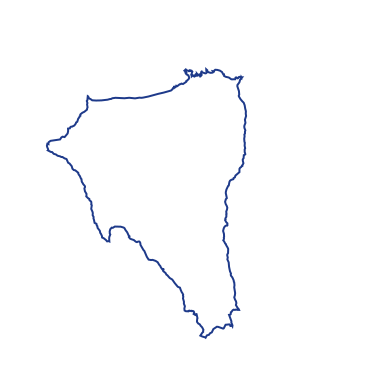 the district of Nossa Senhora Do Rosario, Ribeira Grande, Cabo Verde, rotated 329°
{"feature_id": "66160863B91585848329276", "entity_name": "Nossa Senhora Do Rosario", "entity_type": "district", "adm_level": 2, "iso_a3": "CPV", "parent_name": "Cabo Verde", "parent_adm1": "Ribeira Grande", "projection": "equal_earth", "projection_center": [-25.054, 17.15], "detail": "fine", "context": "isolated", "style": "outline", "palette": "blue", "viewbox_px": 384, "rotation_deg": 329, "n_neighbors": 0, "source": "geoboundaries", "source_scale": "gbopen_adm2", "svg_char_len": 5953}
<svg xmlns="http://www.w3.org/2000/svg" viewBox="0 0 384 384"><g transform="rotate(329 192 192)"><path d="M89.9,82.1L91.6,84.9L92.7,85.8L93.1,88.0L94.8,89.9L95.4,91.6L97.4,93.6L98.0,94.7L99.0,95.3L100.1,97.6L101.1,98.7L101.4,99.2L100.9,103.1L101.7,104.5L102.2,107.9L101.5,110.5L102.0,112.3L103.1,113.3L104.4,116.9L104.1,117.3L103.9,118.8L104.1,120.4L103.7,123.4L103.9,124.0L102.9,126.2L102.8,127.2L102.9,127.9L102.8,129.3L103.2,131.4L103.1,132.2L102.8,132.7L101.6,133.5L100.6,136.3L100.6,139.2L99.7,140.7L99.1,141.3L99.8,144.0L100.4,145.0L100.0,145.8L100.0,146.5L100.6,148.2L100.5,148.7L99.8,150.1L99.2,150.8L99.3,151.7L96.9,154.6L96.5,157.8L96.1,159.0L94.9,160.7L94.8,162.7L93.9,164.0L93.7,165.2L92.6,168.3L93.7,170.0L93.1,171.8L93.3,172.5L92.6,174.1L93.0,177.7L92.3,179.8L92.4,181.1L92.1,183.5L91.5,184.7L92.5,186.1L93.5,188.8L93.8,190.6L95.3,191.2L95.7,191.8L97.0,189.3L97.9,188.0L100.1,186.3L100.1,185.3L101.2,183.3L102.8,181.8L104.8,181.2L105.6,181.9L108.1,181.9L113.0,185.0L115.1,187.3L115.5,188.2L115.4,190.6L115.7,193.1L115.3,196.7L115.6,197.7L114.7,198.1L114.9,200.0L115.5,201.0L117.4,203.2L118.1,205.3L118.5,206.1L119.0,206.6L120.5,206.8L121.4,207.4L121.5,208.1L121.4,209.1L120.6,210.8L120.5,216.8L120.8,217.9L119.9,224.3L120.0,227.6L121.8,229.2L123.3,229.9L125.3,232.3L126.4,234.5L126.4,237.5L126.7,239.2L126.5,240.4L126.7,243.0L127.0,243.3L127.5,243.1L127.8,243.3L127.7,243.8L126.7,244.5L126.6,245.0L127.6,247.8L127.5,249.6L128.0,250.7L128.6,254.2L130.0,256.9L130.3,261.3L131.0,265.9L132.4,267.8L131.9,270.1L131.6,272.6L131.7,274.0L131.5,275.6L130.9,276.1L130.6,277.3L129.5,278.5L128.6,281.9L127.5,283.6L127.1,286.2L125.4,288.0L124.6,289.8L125.3,291.0L127.4,292.4L127.8,292.1L128.6,292.3L129.0,293.0L130.2,293.4L130.6,294.2L131.3,294.3L131.9,295.0L131.9,296.2L131.4,296.9L130.6,297.4L131.5,299.1L132.6,298.7L133.0,299.0L131.7,303.0L131.2,303.3L129.6,305.5L129.4,306.2L129.6,307.9L130.5,309.5L130.5,311.0L131.0,313.3L130.8,316.0L129.9,316.9L129.5,317.7L128.4,317.9L125.2,319.4L126.4,321.2L128.3,323.2L128.6,323.9L130.8,322.6L133.1,323.1L134.6,322.4L136.7,322.5L139.7,320.5L143.9,320.3L144.9,321.0L148.3,325.1L149.0,325.2L152.4,323.1L155.8,324.7L156.1,325.3L155.9,326.6L156.3,326.9L157.1,326.7L157.5,327.1L157.5,327.8L158.0,327.2L158.5,324.1L159.2,323.1L160.5,316.4L161.5,316.8L162.2,316.7L163.4,315.1L163.9,315.2L165.9,314.3L167.1,314.3L168.1,315.2L169.1,315.4L170.2,316.4L171.6,317.3L171.7,316.5L171.4,314.9L171.4,311.5L172.8,310.1L173.4,308.4L173.5,306.2L174.0,304.0L175.4,302.8L176.9,300.9L179.1,295.4L180.4,293.8L181.7,291.1L181.6,290.6L182.2,289.2L182.4,287.7L182.6,285.9L182.3,283.7L182.9,282.4L183.4,282.0L183.7,279.6L185.2,275.3L187.2,271.2L187.6,268.0L188.9,266.6L189.6,264.4L190.1,263.7L191.4,263.0L193.7,259.4L193.9,257.9L193.9,255.3L194.2,254.0L193.9,253.4L194.1,250.8L193.9,249.6L195.3,248.6L195.9,247.3L196.4,247.0L197.8,244.4L198.6,241.4L200.5,239.5L201.7,238.7L203.1,238.3L204.4,238.5L204.9,238.9L205.3,238.7L205.6,238.0L206.2,237.1L205.8,235.4L205.9,233.1L206.6,232.9L207.0,231.8L208.7,230.9L209.1,230.1L209.8,229.3L209.9,228.6L210.4,228.4L211.2,226.5L213.1,224.9L214.2,223.6L214.6,221.8L214.7,219.7L215.3,217.5L217.3,215.6L218.7,215.2L220.4,210.3L221.1,209.3L222.8,207.6L226.1,205.4L226.8,205.4L229.3,202.6L230.4,201.9L232.0,201.8L234.0,202.3L234.8,201.5L236.3,201.5L237.7,200.3L242.9,199.4L244.6,196.6L245.7,196.0L247.1,195.9L247.8,195.5L248.5,195.6L248.7,195.0L249.3,194.9L250.9,193.8L251.6,191.5L252.3,190.2L253.6,189.6L255.4,187.1L256.0,187.3L257.1,187.1L257.5,186.1L257.7,185.0L259.1,182.6L260.1,181.9L260.9,179.5L262.7,176.9L262.8,176.0L264.2,173.2L265.8,171.3L266.5,169.7L267.5,169.2L268.5,167.5L269.5,166.6L269.9,164.2L270.4,163.0L271.2,162.0L273.4,160.3L274.6,157.3L277.5,154.7L278.4,152.6L279.8,150.5L280.5,148.1L281.8,144.8L282.3,142.1L281.8,140.1L281.4,137.5L281.4,134.2L281.8,133.4L282.6,132.9L284.2,129.7L285.3,124.8L286.0,123.7L289.1,122.4L291.0,120.6L294.1,119.5L293.8,119.3L293.4,119.7L293.4,118.7L293.0,119.1L292.5,118.2L291.9,117.7L291.2,117.6L290.5,118.1L289.7,118.1L289.0,116.6L288.6,116.4L288.2,116.4L287.6,117.3L287.1,117.6L284.1,115.9L283.7,115.5L282.5,112.8L280.3,110.7L279.3,109.1L280.0,107.7L279.4,107.4L279.5,104.6L278.4,102.3L276.6,100.4L274.9,99.2L273.6,99.4L273.0,100.0L272.1,99.2L272.1,100.1L271.2,100.3L269.4,99.5L268.4,98.5L267.4,97.1L267.4,96.3L267.8,95.5L267.4,94.2L266.5,95.9L266.5,96.9L266.0,97.3L265.1,97.4L264.4,97.1L262.4,94.7L262.4,93.7L262.0,93.7L260.8,94.9L261.1,95.7L260.9,95.3L260.4,95.5L260.8,96.1L260.5,96.7L258.7,97.3L258.5,97.2L258.7,96.4L259.2,96.2L259.2,95.6L258.9,95.1L258.3,95.5L257.8,95.3L257.4,94.3L257.2,93.2L256.4,95.0L255.6,94.6L256.1,93.3L255.9,93.0L255.2,93.2L254.1,94.3L253.5,94.3L252.8,93.2L253.1,92.7L252.9,92.4L252.4,92.2L251.4,92.6L251.7,91.4L252.4,91.7L252.7,90.3L254.3,89.0L254.1,87.8L252.9,86.5L252.4,86.7L252.5,87.3L251.5,86.8L251.2,86.0L250.3,85.3L249.8,83.7L248.0,84.1L248.8,86.7L248.6,87.0L247.8,86.8L247.8,87.7L247.9,88.4L249.0,90.2L248.6,91.6L248.7,92.0L248.5,92.7L247.0,93.6L245.5,93.8L244.0,94.4L243.9,94.3L243.7,94.6L239.9,94.8L238.7,93.6L237.8,93.7L236.9,93.3L233.9,93.7L233.2,92.8L232.2,93.6L231.4,93.6L231.1,92.6L230.8,92.5L230.3,93.5L230.0,93.4L230.0,92.5L229.6,93.4L228.7,92.7L228.9,93.1L228.2,93.9L226.2,94.2L218.9,92.2L213.7,90.5L203.8,87.7L198.7,85.9L197.1,85.2L195.6,84.1L191.4,82.4L186.7,78.9L182.3,76.8L175.0,71.9L172.0,70.6L170.7,70.6L169.4,70.0L167.2,69.4L161.5,66.8L156.9,64.2L153.7,62.0L152.8,59.9L152.1,59.0L152.0,58.3L152.2,56.6L152.0,56.2L149.6,59.4L148.7,59.8L148.2,61.9L147.2,62.8L146.1,65.6L145.2,66.3L144.4,67.3L141.0,67.8L138.9,67.6L136.6,67.9L135.9,68.3L135.6,69.2L134.5,69.3L134.0,69.9L132.3,70.5L129.8,72.7L128.5,72.7L127.6,73.5L125.4,74.4L122.8,74.2L121.9,73.7L121.0,73.8L120.1,74.5L118.4,73.8L117.2,76.0L115.5,77.8L111.1,79.3L109.5,77.9L108.0,78.0L106.0,79.0L97.1,75.3L94.8,75.5L94.3,75.8L93.6,77.1L92.8,76.2L91.4,77.7L91.0,79.1L90.7,81.3L90.4,82.0L89.9,82.1Z" fill="none" stroke="#1e3a8a" stroke-width="2"/></g></svg>